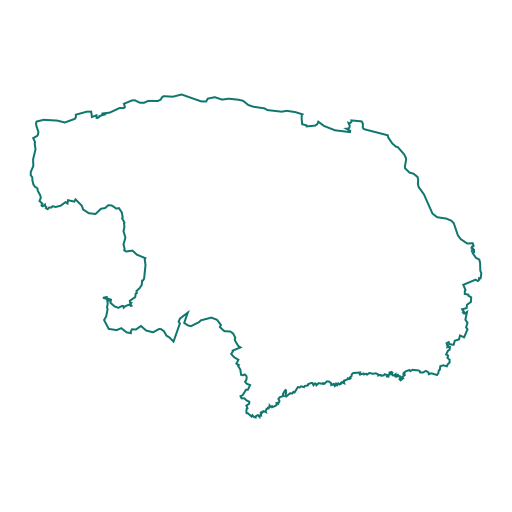 Portlaw-Kilmacthomas Lea-5, Waterford, Ireland (orthographic projection)
{"feature_id": "5873133B10835743668931", "entity_name": "Portlaw-Kilmacthomas Lea-5", "entity_type": "district", "adm_level": 2, "iso_a3": "IRL", "parent_name": "Ireland", "parent_adm1": "Waterford", "projection": "orthographic", "projection_center": [-7.459, 52.233], "detail": "fine", "context": "isolated", "style": "outline", "palette": "teal", "viewbox_px": 512, "rotation_deg": 0, "n_neighbors": 0, "source": "geoboundaries", "source_scale": "gbopen_adm2", "svg_char_len": 6057}
<svg xmlns="http://www.w3.org/2000/svg" viewBox="0 0 512 512"><path d="M351.4,120.4L351.5,121.7L349.8,123.4L348.5,122.9L349.7,125.9L349.4,127.5L348.6,128.5L346.4,128.7L350.2,130.8L350.0,132.1L335.0,130.3L324.1,126.0L318.3,121.7L317.4,124.0L315.2,125.6L306.6,126.4L306.5,125.4L302.2,124.2L301.6,117.8L301.8,114.9L302.4,114.3L295.3,112.1L286.6,110.8L281.8,111.7L267.5,110.1L264.2,108.3L253.6,106.8L248.3,105.0L243.1,100.8L238.3,99.7L228.8,98.7L222.0,99.6L214.8,97.2L207.8,98.6L206.1,101.5L201.2,101.4L181.6,94.5L173.0,96.7L163.7,96.2L162.2,97.1L160.6,99.7L157.8,101.0L148.3,100.9L143.9,102.8L139.8,102.7L134.9,100.3L132.0,100.4L123.9,103.8L124.9,107.0L123.7,108.1L119.6,108.0L109.8,112.6L102.4,113.5L102.3,114.4L103.7,114.8L99.5,116.0L99.4,116.8L97.3,118.0L96.6,117.9L96.5,115.3L91.9,117.0L91.2,111.7L86.7,111.7L75.8,114.7L75.9,117.1L74.7,118.9L64.8,122.5L57.3,120.6L43.7,119.8L36.7,121.5L36.1,122.5L36.2,125.2L38.4,132.0L37.9,134.8L36.9,136.1L33.2,138.1L35.1,142.4L34.7,143.5L35.5,149.3L33.1,159.3L33.3,166.1L30.8,171.8L30.7,175.1L32.3,177.4L32.4,180.4L33.4,184.5L34.9,186.7L37.4,188.3L37.8,190.9L40.3,195.4L40.8,197.8L39.5,201.0L42.3,203.6L41.5,205.2L41.9,206.0L42.8,206.3L44.9,204.6L45.0,205.8L46.2,206.9L45.9,208.2L47.7,209.2L49.1,207.5L51.4,207.5L52.7,206.2L55.6,207.0L60.7,205.7L65.6,202.1L67.5,203.5L68.0,200.2L74.3,201.6L75.5,199.4L81.8,205.7L83.1,209.5L88.8,213.2L95.5,214.0L100.9,208.8L105.2,208.0L108.3,205.2L111.8,205.5L116.3,208.6L118.9,208.1L121.8,212.5L122.7,217.4L122.1,218.3L124.5,222.7L124.0,223.3L124.4,227.0L123.5,231.2L125.4,237.6L123.5,244.5L124.6,248.8L124.2,250.3L126.2,251.5L132.5,250.6L136.9,254.7L145.4,258.2L144.7,259.4L145.5,265.0L144.1,278.6L143.1,280.4L142.1,280.6L141.8,284.8L139.5,288.3L136.5,291.0L136.8,293.1L135.7,293.6L135.2,297.1L129.8,300.8L130.0,302.3L131.3,302.9L130.3,304.0L131.5,305.7L130.9,306.0L129.6,304.5L125.6,306.0L123.7,307.7L123.2,306.1L122.0,306.0L118.3,307.8L114.6,306.4L110.4,302.8L110.9,300.0L109.2,300.5L109.7,299.2L107.0,298.5L106.7,297.0L103.0,297.8L107.1,299.0L107.7,304.0L107.0,307.2L107.6,309.2L106.2,316.4L104.1,320.0L108.7,328.9L116.6,330.1L121.3,328.2L126.7,332.4L130.8,333.2L130.9,331.4L132.0,329.3L135.9,329.5L141.0,326.0L146.1,330.5L153.1,332.3L159.1,329.0L161.2,329.2L163.9,331.2L166.5,335.7L169.4,337.4L173.5,341.6L179.9,323.4L178.6,321.7L180.0,318.5L187.8,312.6L184.2,322.9L187.9,325.4L190.9,326.2L199.3,322.0L200.7,320.4L211.4,317.6L217.0,319.8L220.9,324.9L219.9,327.0L223.2,330.2L224.6,331.2L230.2,331.5L233.0,333.4L235.3,337.7L234.7,339.2L235.4,341.3L238.3,346.0L240.5,347.4L232.7,350.6L232.9,351.4L231.2,353.9L234.0,357.1L238.4,359.8L236.4,363.6L238.8,365.0L238.0,365.8L240.3,369.5L241.1,374.8L243.0,375.3L244.6,374.4L246.2,375.7L246.7,377.3L246.4,379.8L245.1,381.7L246.7,383.7L250.1,385.1L247.9,389.7L246.0,389.8L242.7,395.1L240.5,396.2L241.5,398.3L244.3,398.3L246.6,400.5L249.3,401.7L249.2,403.7L246.4,405.6L247.5,408.3L246.7,408.8L246.3,411.2L246.6,413.2L247.9,413.3L251.6,416.6L252.4,415.2L253.8,416.9L255.6,417.5L255.7,416.3L257.8,415.1L259.6,417.0L259.8,415.5L261.1,415.6L260.8,412.6L262.1,411.9L262.2,412.6L263.7,411.2L265.9,412.1L265.6,411.3L266.6,408.9L268.5,408.4L268.1,407.6L269.4,407.1L269.6,405.5L270.6,406.8L271.9,406.2L272.2,407.2L275.6,405.8L276.5,405.1L276.5,403.2L278.1,403.8L278.1,402.6L278.9,402.5L279.5,401.1L278.4,399.0L279.8,397.2L283.1,396.1L283.0,393.9L285.4,389.9L284.9,389.5L285.8,390.1L286.1,392.5L285.3,396.2L286.2,396.5L290.2,393.2L292.1,393.6L293.4,391.9L294.5,392.5L297.9,387.1L299.6,387.5L301.1,386.3L304.0,387.2L304.7,386.0L307.9,385.4L308.0,384.3L311.0,383.0L312.3,383.0L313.5,385.2L314.6,383.5L315.7,383.5L316.4,385.3L318.6,383.2L323.4,383.9L323.4,383.2L324.6,383.6L326.9,381.4L328.8,381.5L331.0,383.1L331.3,385.1L333.0,384.2L333.3,385.6L333.4,384.1L334.0,384.0L334.8,386.0L335.5,385.3L335.6,386.4L336.1,383.5L337.1,383.7L337.5,384.7L338.4,383.5L339.5,384.5L341.1,383.7L340.8,383.0L341.9,382.2L344.1,383.2L343.6,381.7L344.3,381.5L344.1,380.6L347.6,379.3L347.9,378.3L349.4,379.0L350.5,378.4L350.0,377.3L351.4,376.4L351.9,374.2L353.3,373.0L360.1,372.5L359.6,374.0L359.9,374.6L363.6,373.5L364.0,374.4L366.3,373.8L367.1,374.6L369.3,373.0L372.9,373.8L375.8,373.3L378.7,374.7L378.4,375.4L380.9,375.0L381.4,375.8L383.8,375.3L384.6,374.2L386.8,374.9L386.8,376.4L388.4,376.7L388.8,374.7L390.1,374.3L389.5,372.6L391.5,371.9L392.4,372.7L391.5,374.2L392.3,374.2L392.6,375.3L393.9,375.5L395.4,374.3L395.3,375.4L396.2,375.1L396.0,375.8L396.8,375.5L396.7,376.3L397.9,375.5L397.8,376.4L399.8,376.1L400.4,377.3L399.9,378.4L400.8,378.4L399.7,379.4L400.6,380.3L401.9,379.3L401.9,378.5L403.1,378.3L402.4,376.7L404.7,375.2L404.6,374.2L403.4,374.5L404.4,374.2L403.4,374.0L403.7,372.8L406.3,371.0L409.5,370.1L410.3,371.1L412.5,369.8L418.7,370.5L420.0,371.4L420.1,372.4L422.7,372.6L425.9,370.9L428.5,372.4L428.8,374.2L431.4,373.3L437.0,375.0L438.3,373.2L438.8,370.4L439.8,369.8L440.3,366.2L443.3,365.3L446.9,366.3L447.7,364.3L449.6,362.5L449.6,359.8L447.5,357.9L448.1,355.6L446.1,354.4L448.0,350.7L449.7,349.6L449.9,347.0L447.4,347.2L448.1,345.4L447.2,345.3L446.6,343.2L448.7,342.1L449.5,344.2L453.6,344.8L454.8,340.7L459.0,339.4L460.0,335.5L464.1,337.3L467.5,329.3L466.1,327.5L467.5,322.8L465.4,319.7L467.0,312.0L464.7,313.6L463.6,313.3L463.9,312.3L463.2,312.1L463.7,311.4L462.1,309.3L466.6,308.1L467.0,304.8L470.9,301.9L471.2,297.3L468.5,295.8L468.4,294.7L464.8,293.9L464.8,290.9L465.5,290.1L463.3,284.8L475.5,279.7L477.9,281.0L479.2,279.7L479.0,278.2L480.6,278.3L481.3,273.4L480.3,270.6L480.1,263.0L479.3,259.6L476.0,257.9L472.6,253.0L474.0,252.2L474.0,250.3L471.9,250.8L472.0,250.0L473.5,249.5L472.8,248.2L471.5,247.8L472.1,246.5L473.6,245.8L472.7,243.2L467.2,243.5L460.8,239.2L457.9,235.4L453.8,223.3L451.5,220.8L446.4,218.6L437.1,217.2L432.5,213.6L423.9,194.3L418.7,187.1L417.9,183.9L418.2,180.0L417.5,176.9L413.5,173.7L409.5,172.6L405.1,168.3L404.9,166.7L406.1,159.7L405.8,157.7L404.0,154.2L397.8,147.1L396.0,146.7L392.3,143.5L388.2,137.4L387.8,135.3L364.2,129.2L362.8,127.8L362.9,123.6L361.6,121.4L351.4,120.4Z" fill="none" stroke="#0f766e" stroke-width="2"/></svg>